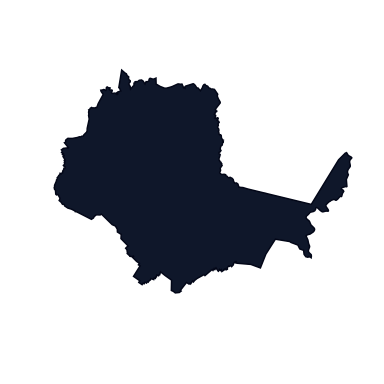 Ayotlán, Jalisco, Mexico, rotated 297°
{"feature_id": "50627088B2305212977001", "entity_name": "Ayotlán", "entity_type": "district", "adm_level": 2, "iso_a3": "MEX", "parent_name": "Mexico", "parent_adm1": "Jalisco", "projection": "robinson", "projection_center": [-102.328, 20.472], "detail": "fine", "context": "isolated", "style": "filled", "palette": "ink", "viewbox_px": 384, "rotation_deg": 297, "n_neighbors": 0, "source": "geoboundaries", "source_scale": "gbopen_adm2", "svg_char_len": 5989}
<svg xmlns="http://www.w3.org/2000/svg" viewBox="0 0 384 384"><g transform="rotate(297 192 192)"><path d="M124.1,77.5L123.4,80.3L122.4,81.8L122.3,82.5L122.9,83.4L122.6,84.1L121.8,84.8L121.3,88.6L122.0,92.5L122.0,96.3L121.5,96.8L122.0,98.3L122.0,114.8L124.1,116.0L125.7,116.0L128.2,117.1L129.9,120.6L131.2,121.4L126.7,135.7L126.9,139.2L125.0,142.3L122.5,143.7L122.1,148.2L118.2,149.9L114.9,159.7L113.9,159.1L111.8,158.4L111.1,158.4L111.5,158.5L111.6,158.8L111.1,160.2L108.7,161.9L108.6,162.3L107.8,162.2L107.1,164.6L107.3,164.9L106.5,165.8L107.1,167.7L107.0,168.1L108.3,168.7L108.2,169.2L106.7,169.0L105.0,174.2L104.6,177.5L102.8,177.3L102.6,179.3L90.3,178.2L89.2,185.8L87.3,185.6L86.8,189.6L88.6,189.8L88.4,191.7L88.5,191.2L89.3,190.9L90.3,191.0L90.2,192.8L91.9,193.0L91.8,193.9L93.0,194.0L94.9,194.9L96.2,194.7L96.6,197.7L98.3,197.3L98.4,198.6L100.2,198.3L100.3,198.8L102.1,198.4L102.2,200.2L102.9,200.1L103.5,200.8L106.6,200.2L105.4,205.8L104.2,213.8L94.9,218.3L95.0,220.5L94.5,222.9L96.7,226.3L98.8,227.3L99.2,226.3L108.9,228.2L108.6,231.2L109.9,231.7L109.5,232.5L113.0,232.9L112.5,234.1L114.4,234.5L117.1,235.7L121.6,238.7L123.9,240.3L123.4,241.5L132.1,245.1L131.6,246.3L133.9,246.4L133.3,247.6L135.3,247.8L133.5,250.9L133.4,251.5L135.5,251.7L134.9,252.9L136.1,253.3L134.7,254.7L137.1,256.0L137.3,255.6L138.7,256.4L138.1,257.7L139.3,258.6L140.7,257.8L142.6,258.2L142.5,258.9L144.0,260.0L143.5,261.2L146.0,261.9L146.9,261.4L149.5,261.9L150.2,262.9L150.0,263.2L148.6,263.0L149.1,264.8L154.2,277.3L155.4,287.4L170.2,286.0L187.8,287.7L192.2,301.5L192.0,303.1L192.8,310.4L190.2,313.9L190.7,317.9L187.3,320.2L186.0,322.8L186.5,324.9L187.6,325.3L187.3,325.9L187.8,326.7L187.5,328.0L189.1,327.5L190.3,326.6L191.1,323.9L192.0,322.6L193.3,322.1L196.5,321.7L197.2,321.3L199.1,319.2L201.8,317.1L204.7,313.5L206.2,314.2L208.1,316.3L211.3,318.1L213.0,318.5L214.2,318.3L215.0,317.7L215.4,317.0L216.7,312.9L219.3,309.8L220.3,305.9L221.0,305.2L222.4,304.9L225.0,305.9L227.6,306.5L229.8,309.1L231.1,309.9L232.6,310.0L234.0,309.6L234.8,310.0L234.9,310.8L233.7,315.0L233.5,317.0L233.8,317.7L235.8,320.0L236.7,322.0L237.2,322.1L238.1,321.3L240.2,317.5L241.2,317.3L242.8,317.6L245.2,318.4L246.9,319.5L247.6,319.7L249.7,321.6L250.0,322.9L249.9,323.8L250.1,324.2L251.6,325.0L254.9,325.8L255.5,326.2L255.7,327.1L256.2,327.3L258.9,326.7L261.5,326.9L262.2,325.9L262.3,323.6L263.1,323.5L263.9,323.7L264.7,324.4L266.7,326.5L266.9,327.4L267.3,327.5L273.3,323.8L278.3,323.5L279.7,321.9L281.2,321.1L283.0,320.9L286.5,321.4L287.6,320.9L290.1,318.9L291.3,318.4L292.6,318.3L294.5,318.9L295.1,318.8L295.4,318.0L295.5,314.7L297.2,311.9L296.6,311.6L296.4,311.0L287.2,308.0L235.1,303.9L220.0,240.3L219.1,235.4L217.6,231.7L217.6,231.4L218.1,231.3L218.8,230.3L219.8,229.5L220.1,228.8L220.2,227.3L219.2,226.1L220.4,224.2L221.7,223.2L222.4,221.7L222.4,219.2L221.5,218.7L221.3,217.3L221.9,216.2L222.0,214.4L222.7,214.1L222.4,212.6L221.0,210.4L221.5,208.2L222.0,207.8L224.1,207.7L226.1,206.3L229.3,206.8L229.8,206.1L230.7,205.7L230.7,205.1L231.6,204.4L231.8,202.9L232.4,202.5L232.8,201.6L233.7,200.9L236.6,200.5L237.8,200.0L238.0,200.2L238.3,199.9L238.3,198.7L239.0,198.2L239.7,198.2L240.4,198.8L242.1,199.0L242.9,197.7L244.4,197.2L245.9,196.9L247.5,197.6L249.8,196.9L250.4,197.3L251.1,197.0L251.0,196.6L251.6,196.0L252.4,196.3L252.4,195.7L253.3,193.9L255.7,192.3L256.0,191.4L255.5,190.7L255.5,190.2L257.8,188.4L257.9,188.1L259.3,187.9L260.4,187.0L260.9,185.8L261.7,185.3L262.9,185.1L263.1,185.3L265.0,184.1L266.2,184.6L266.5,184.5L267.2,183.4L267.1,182.0L267.4,181.8L269.1,182.1L269.5,181.9L269.8,181.5L269.6,180.8L268.9,180.5L268.6,179.8L268.0,179.2L268.1,178.6L269.8,178.7L271.0,178.3L271.4,176.6L272.4,176.9L272.8,176.6L273.3,176.8L274.1,176.6L274.7,177.4L275.3,177.4L275.3,176.4L275.8,176.1L276.2,175.2L284.1,176.7L284.9,176.3L287.1,173.0L289.0,170.9L290.8,170.5L293.6,165.4L293.0,163.3L292.4,162.9L292.6,161.2L292.4,159.8L293.4,157.9L293.2,155.9L293.8,154.6L293.1,153.9L291.5,153.6L289.2,153.9L286.0,153.5L287.4,150.1L286.9,149.1L288.5,146.4L289.0,144.8L289.0,143.9L283.4,138.2L282.5,137.9L281.2,138.7L281.0,137.3L283.6,134.1L282.5,132.3L282.4,131.4L281.8,130.3L277.0,126.5L275.4,124.9L273.0,122.2L272.1,120.6L271.6,115.7L271.9,111.0L277.1,108.2L275.2,106.6L274.8,105.8L274.4,103.3L274.1,102.9L273.0,102.6L271.3,103.2L269.9,102.1L269.5,101.0L266.9,101.1L268.7,97.9L268.9,96.2L267.6,94.3L265.4,93.3L265.0,92.0L264.3,91.2L263.3,91.7L262.7,90.9L260.4,92.0L259.7,91.5L255.8,90.5L258.0,89.0L259.5,86.6L260.2,86.5L261.7,86.9L262.5,86.8L263.1,86.4L263.4,85.0L264.1,84.0L265.9,83.3L266.2,81.4L267.5,79.9L267.6,78.4L268.7,74.0L251.8,79.4L251.5,80.4L249.7,82.7L247.2,80.3L246.5,80.4L245.7,81.4L244.8,81.0L245.0,79.9L245.6,79.4L245.1,79.1L244.8,77.7L244.0,77.0L243.7,75.5L244.2,75.0L245.9,75.0L246.4,74.7L246.4,74.1L245.6,72.6L245.6,72.0L245.7,71.7L246.9,71.9L247.5,71.8L247.1,70.2L246.9,70.0L247.1,68.7L246.3,68.3L244.4,69.0L243.3,69.1L243.1,68.5L243.4,67.7L243.3,66.9L242.1,65.7L241.3,64.5L240.3,65.4L238.8,68.3L238.1,68.6L228.3,68.3L224.1,68.8L223.8,68.1L222.6,67.2L222.5,66.5L221.7,65.2L221.8,64.2L220.3,63.3L219.1,63.4L218.3,62.7L217.9,63.2L216.2,63.6L214.5,64.8L213.4,65.0L210.3,67.3L201.2,69.7L198.8,70.8L197.5,70.9L193.8,69.7L192.5,69.8L191.7,68.5L190.4,67.6L190.1,66.6L188.5,65.1L185.5,61.2L183.4,57.0L181.2,56.0L180.5,56.0L179.0,56.8L178.0,56.0L175.4,61.8L174.6,61.4L174.4,60.4L172.5,57.6L170.4,56.6L170.4,56.9L169.0,58.0L167.9,57.9L167.9,60.0L167.4,60.0L167.1,59.5L166.6,59.5L166.5,61.6L166.2,61.7L165.6,61.0L165.0,61.0L163.1,64.3L162.5,64.4L162.6,63.9L161.9,63.9L161.2,65.2L160.2,64.9L159.7,65.6L158.5,65.8L157.3,65.3L157.0,65.7L156.9,67.5L155.7,68.0L155.1,67.1L153.6,67.5L152.0,67.3L151.9,67.7L150.7,67.7L150.1,68.0L149.6,67.3L148.7,67.2L148.8,66.0L147.4,66.3L146.3,65.8L145.1,65.8L143.5,65.4L143.2,65.8L142.3,66.1L141.2,65.8L140.2,66.2L135.6,66.5L134.5,67.1L133.4,67.2L132.0,68.3L131.5,69.6L128.2,71.6L127.9,72.6L128.9,73.7L126.8,76.8L126.1,77.4L124.1,77.5Z" fill="#0f172a" stroke="#020617" stroke-width="1.5"/></g></svg>